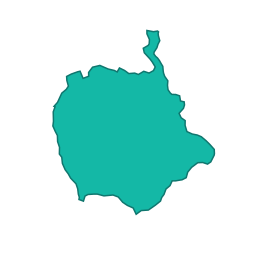 outline of Prastio Avdimou, Limassol, Cyprus, rotated 323°
{"feature_id": "46923920B98437819833460", "entity_name": "Prastio Avdimou", "entity_type": "district", "adm_level": 2, "iso_a3": "CYP", "parent_name": "Cyprus", "parent_adm1": "Limassol", "projection": "robinson", "projection_center": [32.781, 34.724], "detail": "fine", "context": "isolated", "style": "filled", "palette": "teal", "viewbox_px": 256, "rotation_deg": 323, "n_neighbors": 0, "source": "geoboundaries", "source_scale": "gbopen_adm2", "svg_char_len": 1648}
<svg xmlns="http://www.w3.org/2000/svg" viewBox="0 0 256 256"><g transform="rotate(323 128 128)"><path d="M45.8,155.6L48.4,159.6L52.7,156.5L56.0,157.0L60.9,160.2L63.7,162.3L67.9,167.7L75.7,172.5L78.7,177.2L79.1,184.2L80.9,189.4L84.0,195.0L82.6,201.8L88.9,201.9L94.9,205.8L103.4,206.1L110.0,205.9L111.3,205.0L113.1,203.8L116.8,202.7L121.6,199.6L126.9,199.3L131.4,196.8L134.3,198.9L138.2,200.9L140.0,201.9L144.6,202.7L149.1,199.2L155.1,197.7L162.8,197.7L166.9,200.5L169.8,204.7L173.7,204.9L180.4,201.6L181.6,200.5L184.0,197.0L183.5,190.9L182.7,185.2L181.3,179.1L179.1,175.3L175.7,171.5L172.9,166.3L175.2,160.2L178.1,156.5L176.6,151.8L177.6,147.0L184.1,145.7L187.0,143.6L188.6,140.9L187.9,140.1L186.2,138.0L188.6,133.4L186.3,130.0L183.2,127.5L182.8,125.3L183.0,121.5L185.2,117.7L188.2,114.3L188.4,108.8L189.4,105.6L190.4,103.7L192.9,99.7L193.2,96.6L193.7,93.0L193.7,89.8L193.2,87.5L193.2,84.5L194.5,83.1L199.4,81.3L202.3,79.2L205.9,77.4L207.8,72.6L209.2,70.3L210.2,69.7L210.0,68.4L206.3,66.4L201.8,61.5L199.8,64.2L198.4,70.2L195.6,73.5L193.8,74.2L188.2,73.5L186.3,77.7L187.1,86.0L187.1,89.7L186.5,95.6L182.9,97.5L177.9,96.8L174.7,92.2L168.5,91.5L166.4,88.2L161.4,85.0L159.9,80.0L157.3,74.9L153.1,76.7L151.7,73.8L147.7,69.0L143.2,61.1L136.3,58.1L130.0,59.9L127.7,63.0L122.0,61.3L123.9,53.8L121.6,52.8L115.2,50.8L110.0,49.9L107.8,53.2L105.6,58.7L102.0,60.0L96.1,60.3L87.2,65.1L81.9,66.2L82.5,67.2L78.0,70.1L72.5,77.8L69.2,81.2L67.9,86.8L67.1,91.5L63.6,96.5L61.7,102.2L57.5,107.5L57.5,111.5L54.3,116.8L52.7,123.5L52.7,128.6L52.0,133.5L52.9,141.3L51.2,146.4L48.5,151.0L47.5,153.9L45.8,155.6Z" fill="#14b8a6" stroke="#0f766e" stroke-width="1.5"/></g></svg>